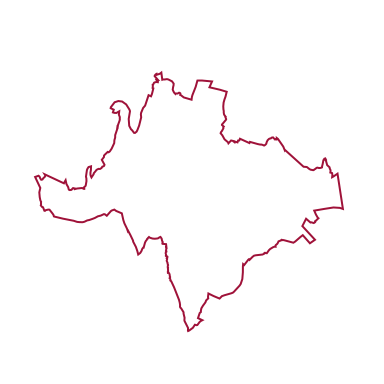 outline of Bosanci, Suceava, Romania, rotated 46°
{"feature_id": "2599482B16284440984410", "entity_name": "Bosanci", "entity_type": "district", "adm_level": 2, "iso_a3": "ROU", "parent_name": "Romania", "parent_adm1": "Suceava", "projection": "natural_earth1", "projection_center": [26.287, 47.571], "detail": "fine", "context": "isolated", "style": "outline", "palette": "rose", "viewbox_px": 384, "rotation_deg": 46, "n_neighbors": 0, "source": "geoboundaries", "source_scale": "gbopen_adm2", "svg_char_len": 5999}
<svg xmlns="http://www.w3.org/2000/svg" viewBox="0 0 384 384"><g transform="rotate(46 192 192)"><path d="M102.9,311.2L103.4,310.9L103.4,310.0L104.8,307.6L105.4,307.0L105.8,306.8L110.8,307.3L112.4,307.6L113.6,308.3L113.9,308.2L121.6,303.3L130.5,297.1L133.7,295.4L135.6,293.8L137.8,291.6L138.7,290.0L139.6,287.2L140.8,285.3L142.2,282.3L143.2,279.9L144.1,276.6L145.6,274.0L146.7,270.8L147.4,270.2L149.9,269.8L149.4,263.6L149.6,262.5L150.7,260.1L153.0,259.7L158.6,257.3L164.5,260.9L167.6,262.4L173.1,264.2L175.7,265.4L175.6,264.9L180.1,266.2L186.1,268.2L186.8,268.8L192.5,270.5L196.4,272.3L199.6,274.1L199.9,271.6L199.4,269.5L198.3,267.1L198.1,265.6L198.4,265.4L195.8,261.0L195.2,259.4L195.0,257.8L194.6,256.9L194.8,256.4L194.5,255.8L194.5,254.2L195.5,254.1L196.1,253.8L198.1,252.7L199.8,251.2L201.3,249.3L201.8,248.4L202.0,246.9L202.4,245.9L204.4,246.2L206.3,247.4L207.4,247.7L207.9,248.1L208.2,248.9L208.8,249.2L211.5,246.9L213.5,248.4L213.3,248.7L213.9,249.2L214.5,249.2L214.9,249.5L214.9,249.9L215.6,250.7L216.2,251.6L216.6,251.5L217.2,251.9L217.2,252.6L217.6,253.4L219.4,254.4L219.4,254.7L219.8,255.2L220.2,255.2L220.5,254.8L221.4,254.6L221.7,254.8L221.9,255.1L222.1,256.2L222.7,256.2L223.0,256.5L223.9,258.0L226.0,258.8L226.7,259.5L227.3,259.6L228.0,260.0L228.1,260.4L229.2,261.7L229.7,261.7L230.4,262.6L230.8,262.7L231.4,263.5L231.7,263.6L232.4,264.2L232.5,264.7L232.8,265.0L233.2,264.9L233.5,265.3L233.7,265.0L234.5,264.9L235.6,265.3L237.4,266.6L238.0,266.8L238.4,267.4L238.4,267.9L239.0,267.9L240.1,268.4L240.5,269.0L241.0,269.1L241.7,268.9L248.1,271.1L260.4,276.2L263.1,277.7L264.9,279.0L266.3,280.4L267.2,280.7L268.1,280.6L272.6,281.6L273.7,282.6L277.3,284.7L278.9,286.5L279.7,287.0L287.1,289.3L289.0,291.3L289.3,291.4L289.7,290.2L290.3,285.7L289.5,282.1L291.0,281.2L291.4,280.5L290.8,276.9L290.9,275.3L291.4,273.6L286.9,275.3L284.4,270.5L284.5,269.0L283.5,268.0L282.2,266.1L281.4,263.1L280.7,259.0L279.8,257.1L279.8,254.2L278.7,253.5L276.4,250.7L281.7,248.8L287.8,246.2L287.7,242.8L288.0,242.2L288.8,240.4L292.1,234.2L292.8,232.6L292.9,231.2L292.4,222.8L292.0,220.9L289.6,216.3L285.1,211.2L280.9,207.1L279.4,205.3L280.8,205.2L279.8,198.6L279.9,197.7L280.8,197.8L280.7,193.4L280.9,191.6L281.8,190.1L285.9,184.8L286.5,183.2L286.2,182.5L286.4,181.7L287.1,181.5L288.0,180.7L287.3,177.1L287.3,175.3L288.0,172.1L288.8,170.3L289.4,169.9L288.7,169.3L288.4,168.7L288.5,166.7L288.3,165.8L287.6,164.0L288.2,162.8L288.9,159.9L288.9,160.4L289.3,160.6L289.6,160.0L290.9,159.1L298.9,154.3L299.3,152.3L299.7,144.9L300.0,142.3L310.8,142.8L311.8,136.7L293.2,136.3L290.5,128.5L296.2,128.0L296.4,127.5L296.9,127.1L298.9,126.0L299.2,124.6L299.1,124.1L298.7,124.0L298.5,123.6L298.7,122.6L298.7,119.3L297.9,119.4L294.3,118.5L290.3,117.0L296.4,108.1L301.4,101.0L306.1,96.7L309.0,95.2L279.9,74.6L279.1,79.5L278.7,80.9L277.2,79.1L275.7,78.1L274.1,79.0L273.1,77.7L272.3,77.1L270.8,76.6L269.8,75.9L266.6,76.1L261.6,73.4L261.7,73.2L260.4,72.8L260.0,73.7L260.1,74.1L260.6,74.9L260.4,75.4L262.6,78.5L263.9,80.6L264.6,81.4L264.1,82.6L263.5,83.4L262.7,84.2L261.8,84.7L261.4,85.1L261.1,86.2L261.1,87.2L260.8,88.2L260.8,89.0L260.7,89.4L260.3,89.8L258.3,91.2L257.1,91.6L254.0,92.0L253.6,92.2L251.3,94.2L226.4,95.9L226.5,96.3L222.7,94.8L213.5,93.3L212.2,93.5L213.2,94.3L213.1,94.6L212.0,95.6L211.8,95.2L210.4,95.9L209.0,95.8L208.2,97.0L208.2,98.1L207.5,99.1L207.3,99.8L207.3,101.6L207.6,102.5L208.0,103.6L208.9,105.1L209.0,106.3L208.8,107.6L208.6,107.9L207.1,108.5L205.7,109.4L205.4,109.9L203.2,111.4L196.2,115.5L196.7,116.7L187.0,120.5L187.8,122.2L187.0,123.1L187.9,124.8L185.5,126.1L185.9,126.8L184.7,127.0L184.4,126.6L182.1,128.1L182.3,132.0L181.3,131.6L180.8,131.6L176.7,132.0L172.3,130.8L169.6,130.6L169.1,129.6L168.9,128.1L168.0,125.2L167.1,124.5L167.0,123.7L164.6,123.9L164.3,123.6L163.6,117.2L163.3,116.8L161.2,115.9L161.2,115.5L158.9,115.2L158.2,114.9L156.8,113.9L155.8,112.9L154.4,112.0L152.1,110.0L149.6,107.1L148.0,104.4L146.7,101.7L144.0,97.4L137.8,100.9L128.8,106.7L126.4,100.8L118.5,107.6L115.6,110.7L118.9,116.3L122.6,124.4L123.6,126.1L125.3,128.2L118.3,132.2L114.2,132.8L114.0,133.0L113.0,131.9L112.0,132.0L111.5,132.5L111.2,133.9L109.7,135.4L109.9,135.8L108.8,135.9L107.2,135.6L105.0,134.8L103.4,132.7L102.4,131.1L101.3,129.9L98.5,129.5L94.7,130.8L93.4,131.6L92.2,133.3L90.9,134.7L90.6,135.4L84.8,131.1L84.6,133.0L83.2,135.9L82.4,135.4L82.2,136.1L82.3,137.8L82.7,138.4L87.2,138.6L86.9,138.8L86.9,139.5L86.7,139.7L87.5,139.9L88.5,139.4L89.3,140.3L88.1,141.2L87.1,143.0L87.1,143.6L87.8,145.5L87.6,145.8L88.8,146.8L89.8,148.1L90.6,147.8L93.6,152.6L94.7,155.0L92.2,156.0L97.3,165.7L97.6,168.8L99.7,173.6L100.7,174.9L103.0,176.7L107.5,183.9L109.4,188.0L110.1,189.9L109.9,192.0L109.2,192.6L106.0,192.2L104.5,192.3L100.8,191.2L95.5,186.8L90.9,180.6L90.3,180.2L89.0,179.7L83.3,178.5L78.4,179.4L75.4,181.8L73.7,185.3L74.5,190.6L74.6,191.4L75.2,192.3L78.4,191.1L79.8,193.6L81.1,192.9L82.6,191.5L83.4,188.3L85.6,190.9L88.0,191.9L88.8,192.8L89.5,193.3L90.4,194.6L92.4,198.7L93.8,200.5L93.4,200.5L95.1,202.7L97.7,207.7L99.5,209.5L100.8,211.8L102.8,214.0L105.0,219.7L105.7,223.0L105.5,224.4L104.6,224.8L104.6,229.3L104.7,230.0L105.7,231.1L106.2,234.5L111.6,236.0L112.1,237.0L112.1,237.6L111.5,238.9L111.9,240.5L111.5,242.2L110.4,243.2L109.8,245.1L109.8,245.7L110.0,246.7L110.3,249.7L110.9,250.5L111.7,254.2L110.0,253.6L109.0,253.0L107.5,251.6L106.0,249.5L103.4,246.8L102.2,249.1L102.6,250.9L103.2,252.3L107.3,257.6L108.8,258.5L110.9,260.4L113.4,263.8L113.7,264.5L113.6,266.7L114.6,267.0L114.9,267.3L114.5,267.7L113.0,268.2L112.2,269.0L109.7,272.2L108.5,274.3L107.9,273.9L107.2,274.6L106.7,274.7L106.5,275.0L106.7,277.2L105.8,278.5L105.1,278.9L104.4,278.8L102.5,277.7L99.1,276.8L95.7,274.7L96.0,275.8L96.8,278.1L76.9,285.7L78.2,286.0L78.8,287.1L78.8,289.7L79.1,290.7L78.8,291.6L78.3,292.0L76.8,291.7L75.1,291.0L73.7,291.1L72.2,294.4L83.7,298.3L86.2,302.1L89.9,305.1L92.7,306.9L94.3,307.4L94.9,308.2L96.1,309.2L96.6,310.1L98.8,310.2L99.1,309.9L99.6,309.8L102.9,311.2Z" fill="none" stroke="#9f1239" stroke-width="2"/></g></svg>